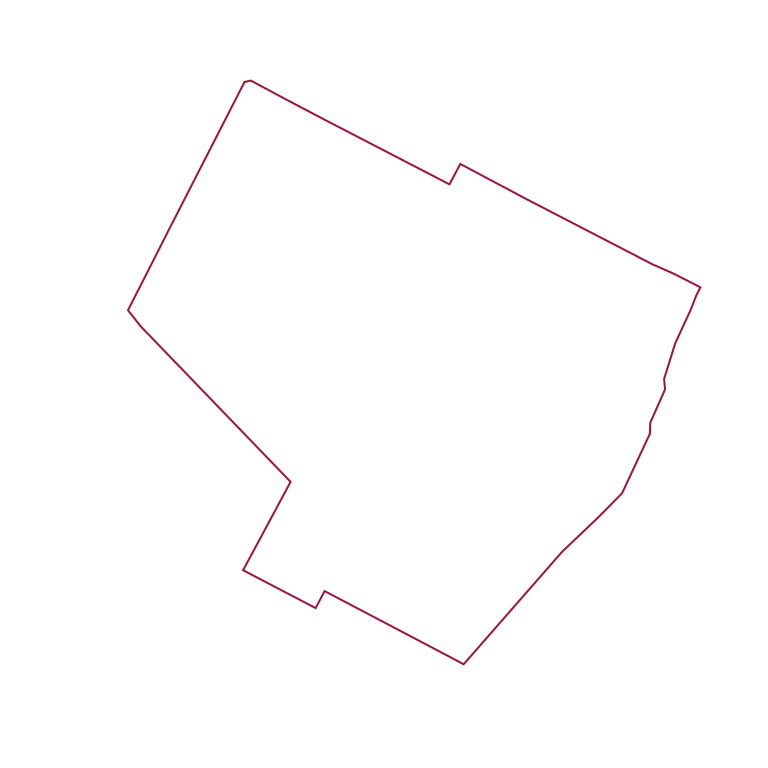 Paulding, Georgia, United States of America (Albers equal-area conic projection), rotated 297°
{"feature_id": "52423323B85895559064140", "entity_name": "Paulding", "entity_type": "district", "adm_level": 2, "iso_a3": "USA", "parent_name": "United States of America", "parent_adm1": "Georgia", "projection": "albers", "projection_center": [-84.846, 33.929], "detail": "fine", "context": "isolated", "style": "outline", "palette": "rose", "viewbox_px": 768, "rotation_deg": 297, "n_neighbors": 0, "source": "geoboundaries", "source_scale": "gbopen_adm2", "svg_char_len": 550}
<svg xmlns="http://www.w3.org/2000/svg" viewBox="0 0 768 768"><g transform="rotate(297 384 384)"><path d="M170.4,582.2L315.2,618.8L362.9,635.6L394.7,645.7L460.4,643.5L470.4,638.8L506.8,636.9L515.6,631.3L552.5,625.0L589.3,623.6L604.1,622.1L613.8,622.0L613.8,592.2L612.5,568.6L612.6,555.8L613.4,426.5L614.7,352.1L591.6,351.7L592.5,211.7L593.1,165.0L593.9,127.6L589.8,122.6L423.2,122.3L370.0,122.4L333.5,122.4L325.0,140.8L254.4,345.2L154.1,343.0L153.3,424.8L172.5,425.1L170.9,553.2L170.4,582.2Z" fill="none" stroke="#9f1239" stroke-width="2"/></g></svg>